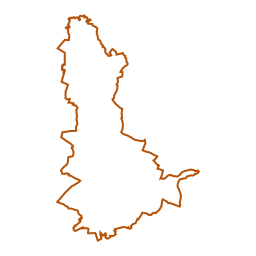 outline of Ricaurte (Coloso), Sucre, Colombia
{"feature_id": "7082276B22161740589779", "entity_name": "Ricaurte (Coloso)", "entity_type": "district", "adm_level": 2, "iso_a3": "COL", "parent_name": "Colombia", "parent_adm1": "Sucre", "projection": "albers", "projection_center": [-75.366, 9.541], "detail": "fine", "context": "isolated", "style": "outline", "palette": "amber", "viewbox_px": 256, "rotation_deg": 0, "n_neighbors": 0, "source": "geoboundaries", "source_scale": "gbopen_adm2", "svg_char_len": 5684}
<svg xmlns="http://www.w3.org/2000/svg" viewBox="0 0 256 256"><path d="M96.6,27.4L94.9,26.8L94.5,26.3L92.8,25.6L92.4,25.1L92.3,23.9L91.2,24.0L88.0,23.7L87.8,23.5L87.9,22.3L86.3,21.6L86.5,21.1L87.4,21.5L88.5,21.4L89.5,20.9L90.6,20.0L90.6,19.8L90.1,19.5L89.3,19.4L87.7,19.9L87.0,17.4L86.7,17.2L86.3,17.2L85.0,17.6L84.6,17.4L84.9,16.4L84.5,15.4L84.0,15.4L83.0,16.4L80.7,15.8L80.3,15.8L79.9,16.0L79.6,16.4L79.2,17.3L80.0,19.3L80.0,19.8L79.7,20.0L79.3,20.1L79.0,19.9L78.3,18.1L77.5,17.4L77.2,17.3L76.4,17.5L75.1,18.3L74.8,18.2L74.1,17.2L73.4,17.3L72.7,18.0L71.1,17.6L70.7,17.9L70.4,18.7L70.1,18.9L69.6,18.1L69.3,18.0L68.6,19.3L69.5,20.2L69.7,20.5L69.7,21.0L68.7,23.5L68.0,24.7L68.1,25.1L69.4,26.1L69.6,26.6L69.5,27.4L69.2,27.7L68.4,27.9L67.1,27.1L66.6,27.0L65.9,27.8L67.3,28.6L68.1,29.6L68.2,33.1L69.3,35.2L69.2,37.3L69.0,38.6L68.8,38.6L68.7,40.2L64.8,39.9L57.6,48.4L64.8,52.8L64.7,59.8L64.9,64.6L62.8,64.6L62.7,66.1L62.2,66.1L62.4,66.6L62.3,67.0L62.1,66.9L62.0,67.5L62.4,67.7L62.0,68.9L62.5,69.2L62.3,70.1L63.4,70.3L63.5,69.9L64.2,70.1L64.4,69.9L64.9,70.4L64.9,70.7L64.2,72.4L63.7,72.3L63.5,72.7L63.5,73.2L64.0,73.4L62.4,78.5L62.3,79.9L61.6,81.9L67.9,84.6L67.9,85.2L65.5,91.9L65.8,92.7L65.5,94.0L65.5,95.8L65.7,96.8L65.4,98.1L67.0,99.4L69.7,99.0L68.5,102.7L70.9,102.7L72.5,103.2L73.5,103.2L73.6,104.1L73.0,104.8L74.1,104.9L74.8,105.5L75.7,105.4L76.7,106.5L77.6,107.9L76.3,110.1L76.5,110.5L76.5,112.9L76.9,115.5L76.8,118.2L76.4,119.6L76.7,120.7L77.0,121.1L77.0,122.2L77.5,123.7L76.2,126.4L76.1,127.5L76.2,130.8L70.3,131.0L67.4,131.6L62.5,132.2L62.2,133.6L61.2,137.2L66.4,141.0L69.8,143.1L72.5,145.2L73.1,146.7L71.9,147.0L71.6,148.1L72.4,149.1L73.0,150.2L73.4,151.5L73.5,153.1L73.3,154.6L72.6,156.3L68.4,157.1L67.8,161.9L67.5,163.3L67.0,164.4L66.7,164.7L63.9,166.9L62.3,168.6L61.0,170.5L61.7,171.7L62.1,173.7L64.7,173.9L65.6,173.4L66.5,173.4L68.3,173.8L68.8,174.1L68.4,174.9L68.7,175.5L69.1,175.7L70.3,175.5L75.8,178.7L78.5,179.6L80.2,180.8L79.0,182.0L75.0,184.5L72.8,185.8L72.0,186.0L65.1,192.7L60.3,198.5L57.4,201.6L57.2,202.0L57.3,202.2L59.1,202.6L60.9,203.5L62.9,204.0L64.4,204.9L65.4,205.9L66.6,206.3L67.5,206.8L68.2,207.7L68.5,208.5L71.3,208.6L72.6,208.9L74.3,209.6L77.4,210.5L78.2,211.6L78.3,213.1L78.5,213.5L79.5,214.7L81.4,215.9L81.4,217.4L81.9,218.1L80.8,219.5L80.2,218.5L79.0,219.4L79.5,221.1L80.3,221.7L75.5,225.9L75.2,225.7L75.1,225.8L75.0,225.6L74.4,226.2L74.8,226.6L73.4,228.0L73.6,228.2L73.8,229.7L74.0,230.1L74.7,230.5L75.1,231.1L82.6,227.4L82.6,228.4L83.9,228.2L86.9,228.2L88.5,228.8L88.0,232.8L88.1,233.3L95.4,233.1L97.8,240.6L101.0,239.0L101.4,238.6L101.4,238.1L100.4,234.5L100.4,232.6L103.0,235.6L105.3,233.3L105.7,233.7L105.6,234.5L106.1,235.6L105.8,235.7L105.2,235.9L105.4,237.1L106.2,238.1L107.2,238.7L107.7,238.6L108.1,238.3L109.7,237.5L110.9,236.5L110.4,235.8L113.3,236.0L115.9,234.1L115.0,232.8L115.7,231.6L115.2,231.2L114.5,231.0L114.3,230.7L115.3,230.1L114.9,229.2L123.2,227.0L127.2,227.6L127.4,228.1L127.8,228.1L128.3,227.4L129.3,228.6L129.8,228.6L130.7,228.1L131.3,228.0L131.3,226.8L130.9,225.9L132.8,224.2L135.6,223.1L137.4,218.9L138.2,219.4L140.6,216.1L142.4,212.7L146.8,213.5L148.9,215.1L149.9,214.6L151.0,214.9L151.4,214.9L151.7,214.6L152.0,213.9L152.3,213.5L153.5,212.8L154.5,212.9L155.1,213.2L156.0,212.8L158.7,210.4L159.6,209.4L160.1,208.5L161.2,206.9L162.0,202.5L162.0,201.4L162.8,199.3L165.0,200.5L166.2,201.3L167.2,201.7L168.3,203.2L168.7,203.2L169.3,203.0L171.1,203.3L171.6,203.6L179.8,206.6L180.2,205.7L180.3,204.9L179.8,203.4L179.7,202.7L180.7,199.0L180.8,195.3L180.4,193.3L179.8,191.6L178.5,188.4L177.9,187.5L177.5,185.9L177.7,184.3L178.5,181.8L179.3,180.0L179.7,179.6L181.4,179.0L182.7,178.9L183.4,178.5L185.8,178.2L186.2,177.9L186.6,176.8L187.5,176.2L189.5,175.9L190.7,175.4L191.4,175.3L192.3,175.6L193.1,175.5L193.7,175.2L195.1,173.9L196.2,173.8L197.2,173.3L198.4,172.3L198.8,171.7L198.4,170.9L198.1,170.6L196.2,171.0L195.1,171.1L194.8,171.0L194.6,170.5L194.0,170.2L192.7,169.9L191.6,169.8L191.6,169.7L191.1,169.6L189.7,169.7L184.5,171.1L181.6,172.6L181.1,173.1L180.3,174.5L177.5,176.5L177.2,176.6L172.8,175.9L172.1,175.3L171.0,175.4L170.5,175.0L170.1,174.9L169.4,175.0L167.6,175.8L167.0,176.4L166.2,177.3L164.7,178.5L164.1,178.8L163.5,178.8L161.0,178.3L160.6,178.5L162.0,174.6L163.0,170.3L157.5,168.7L158.3,166.4L159.0,165.8L158.3,165.0L157.5,165.0L157.3,164.9L153.5,160.4L154.1,160.1L155.0,159.4L156.5,157.6L157.0,156.9L157.2,156.3L153.4,154.6L151.2,153.2L148.9,152.3L145.2,151.4L143.4,150.5L142.7,150.3L144.1,146.3L145.4,143.4L144.8,139.9L143.6,140.7L142.3,141.1L141.1,141.0L135.4,140.0L132.6,138.5L131.3,137.4L130.1,137.0L128.4,135.9L123.6,134.1L122.6,133.5L121.5,132.3L121.2,131.9L122.2,130.1L122.7,127.7L122.9,124.5L122.5,121.3L121.4,118.9L121.3,118.3L122.1,117.9L121.6,113.3L122.2,109.3L122.2,108.8L120.6,108.2L115.6,103.8L112.8,100.2L112.5,99.2L112.7,98.9L113.9,98.3L114.1,97.9L114.2,95.2L115.1,94.0L115.6,92.4L116.6,91.0L117.1,89.6L117.6,85.5L116.5,84.8L117.8,82.5L118.0,82.1L117.4,78.2L119.7,77.1L122.0,76.6L122.3,76.4L122.5,72.1L121.3,71.9L120.4,72.0L120.4,71.8L123.2,67.8L124.0,67.2L125.0,66.2L126.8,65.3L127.3,64.9L127.5,64.5L127.6,63.9L127.4,62.7L126.6,62.3L126.2,58.4L125.0,57.5L125.4,55.9L124.4,55.5L123.8,54.9L123.1,53.9L123.0,53.2L122.8,53.0L120.9,53.7L116.4,54.6L116.1,51.9L112.4,49.0L109.5,53.0L110.3,53.8L111.3,55.1L110.1,55.9L108.2,55.7L107.0,54.1L106.1,53.4L105.5,52.5L105.2,51.4L105.2,50.3L105.5,49.5L105.1,49.0L104.7,47.7L104.3,47.4L103.6,47.4L102.7,47.1L102.6,46.6L103.0,46.1L103.0,45.6L102.2,45.0L101.7,44.1L101.0,43.7L100.5,41.4L99.9,40.5L99.4,40.0L98.4,39.7L98.2,39.3L97.8,37.9L97.7,35.9L97.6,35.3L96.7,34.0L96.8,32.9L97.1,32.0L96.7,31.3L97.4,28.6L96.6,27.4Z" fill="none" stroke="#b45309" stroke-width="2"/></svg>